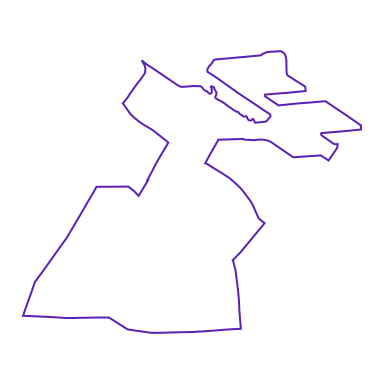 the district of Comuna 2, Ciudad de Buenos Aires, Argentina
{"feature_id": "61730980B26508052382857", "entity_name": "Comuna 2", "entity_type": "district", "adm_level": 2, "iso_a3": "ARG", "parent_name": "Argentina", "parent_adm1": "Ciudad de Buenos Aires", "projection": "robinson", "projection_center": [-58.391, -34.584], "detail": "fine", "context": "isolated", "style": "outline", "palette": "violet", "viewbox_px": 384, "rotation_deg": 0, "n_neighbors": 0, "source": "geoboundaries", "source_scale": "gbopen_adm2", "svg_char_len": 5191}
<svg xmlns="http://www.w3.org/2000/svg" viewBox="0 0 384 384"><path d="M337.7,144.1L336.4,144.1L334.2,144.1L323.0,136.4L321.3,135.0L321.0,133.5L321.4,133.1L346.4,131.0L348.4,130.8L361.0,129.5L360.9,125.4L348.3,116.6L325.4,101.2L309.2,102.6L297.3,103.5L294.3,103.8L279.4,105.3L278.5,105.4L265.1,96.4L265.1,94.6L275.8,93.7L289.5,92.6L305.7,91.0L305.5,89.6L305.4,88.8L305.2,86.6L301.2,84.1L298.2,82.2L295.3,80.4L291.3,77.7L287.9,75.7L287.0,74.5L286.7,73.1L286.6,71.7L286.5,70.5L286.5,69.4L286.5,68.3L286.5,67.8L286.4,64.9L286.4,63.2L286.4,61.8L286.4,60.7L286.2,59.5L286.2,58.7L285.8,57.6L285.6,56.3L285.2,55.0L284.8,54.1L284.4,53.6L284.1,53.1L283.6,52.8L283.4,52.6L282.0,52.0L281.3,51.2L280.1,51.1L278.5,51.3L274.7,51.6L272.0,51.7L269.8,51.8L267.0,52.1L264.6,53.1L262.8,53.9L262.0,54.5L261.5,54.8L260.6,55.4L218.9,59.2L218.1,59.2L216.7,59.4L215.2,59.6L214.5,59.8L213.8,60.1L213.3,60.8L212.2,62.7L212.0,63.1L211.3,64.0L211.2,64.1L210.6,64.7L209.2,66.2L208.3,67.6L207.4,69.4L207.3,70.8L207.7,72.0L209.4,73.0L211.1,74.1L217.2,78.1L220.5,80.5L237.8,92.8L253.0,102.9L261.3,108.5L262.3,109.2L269.0,113.6L270.1,114.4L270.5,115.6L270.5,116.4L266.4,121.4L262.5,122.0L259.8,122.3L255.3,122.7L254.7,122.2L254.3,121.0L254.0,120.3L253.4,119.5L253.0,119.0L252.9,118.9L252.4,119.0L252.1,119.5L251.6,120.2L250.6,120.6L249.2,120.3L248.4,119.9L247.7,118.9L247.3,118.0L247.2,117.7L246.9,116.8L246.2,116.1L245.5,116.4L243.9,116.6L242.8,115.9L241.7,115.2L241.1,114.8L239.5,113.8L239.2,113.4L238.8,112.9L238.4,112.2L237.3,111.8L237.0,111.7L236.1,111.6L235.0,110.8L233.5,109.9L232.2,109.0L231.1,108.1L229.5,107.2L226.7,105.2L225.4,104.0L224.1,103.2L223.3,102.6L221.8,101.7L220.9,101.1L219.8,100.5L218.5,100.1L216.9,99.0L216.0,98.5L215.5,97.8L215.2,96.8L215.7,96.1L215.8,95.8L216.2,95.0L216.3,93.9L216.4,93.5L216.4,92.8L216.2,91.7L216.0,91.4L215.5,91.0L215.1,90.4L214.5,89.0L214.1,87.7L213.7,87.1L213.0,86.8L212.4,86.7L211.7,86.2L211.1,86.4L210.9,87.2L211.3,88.1L211.8,89.1L211.7,90.2L211.7,91.2L211.7,92.4L211.4,93.0L211.2,93.3L210.5,93.7L209.6,93.6L208.6,93.0L207.7,92.2L206.8,91.2L205.5,90.8L204.6,90.2L203.4,89.3L202.9,88.5L202.3,87.7L201.7,87.0L201.1,86.6L200.2,86.2L196.4,86.2L193.4,86.0L192.6,86.1L185.1,86.7L181.3,86.9L178.5,85.8L154.8,69.7L152.3,68.0L151.6,67.5L150.1,66.6L148.1,65.4L147.5,65.0L141.7,60.4L141.8,60.6L144.1,64.4L144.9,66.4L145.2,68.0L145.4,69.8L145.3,71.2L144.7,73.4L143.5,75.3L143.2,75.6L140.4,79.7L139.3,81.0L138.6,81.8L137.7,82.9L129.6,94.3L127.5,97.7L124.6,101.2L123.9,102.1L122.8,103.3L124.6,105.7L126.7,108.7L130.3,113.9L133.4,116.9L134.1,117.6L137.7,120.5L138.8,121.4L143.1,124.4L143.6,124.7L149.8,128.3L153.0,130.4L153.2,130.5L158.4,134.6L158.9,135.0L166.5,141.0L167.7,142.0L168.3,142.5L166.9,145.0L165.6,147.2L157.9,160.3L156.8,162.1L147.4,180.2L148.0,180.3L143.1,188.5L138.6,195.9L134.2,191.2L133.5,190.6L132.5,189.8L128.1,186.5L127.4,186.6L112.5,186.7L102.6,186.8L96.5,186.8L94.8,190.0L89.6,198.8L85.6,205.7L82.5,211.0L81.8,212.2L80.5,214.5L75.1,223.6L73.9,225.7L72.1,228.8L71.6,229.6L69.0,234.0L67.3,237.0L59.0,248.6L50.5,260.5L50.0,261.2L49.5,261.9L46.4,266.3L41.6,273.0L35.0,281.8L33.3,286.7L30.2,295.6L26.6,305.6L23.0,315.9L25.4,315.9L25.6,315.9L33.3,316.2L43.6,316.7L45.6,316.8L52.3,317.1L52.6,317.1L53.0,317.2L53.5,317.2L65.7,318.0L72.2,318.0L77.4,317.9L78.5,317.8L81.7,317.8L82.4,317.8L93.1,317.6L98.7,317.5L100.9,317.5L106.2,317.5L107.3,317.5L108.9,317.5L114.8,321.2L115.5,321.7L116.9,322.6L119.6,324.3L123.7,326.9L124.1,327.2L127.6,329.4L131.7,330.0L133.6,330.3L134.6,330.5L139.1,331.1L143.2,331.7L151.8,332.9L152.2,332.9L152.7,332.9L163.7,332.7L167.7,332.6L173.9,332.4L182.2,332.2L182.4,332.2L184.5,332.2L194.4,331.9L195.5,331.8L205.8,331.2L206.3,331.1L207.1,331.1L216.3,330.4L219.9,330.1L220.3,330.0L221.3,330.0L221.9,329.9L231.2,329.3L231.5,329.3L232.6,329.2L240.8,328.8L240.2,320.7L240.1,319.7L240.0,318.8L239.3,309.7L239.3,308.7L239.3,307.6L238.8,298.6L238.6,296.8L238.5,295.2L237.8,288.0L237.6,287.1L237.5,286.2L235.6,270.8L233.0,260.5L232.7,260.2L233.2,259.7L240.4,252.4L247.8,243.5L255.1,234.6L263.4,224.7L264.6,223.1L263.9,222.6L261.5,220.7L258.5,218.2L256.3,213.1L255.6,211.5L254.8,209.7L254.3,208.5L252.3,204.1L250.3,200.8L248.4,198.3L247.5,197.0L246.0,195.1L244.1,192.6L242.5,190.4L240.1,187.7L236.7,184.4L233.5,181.5L231.6,180.0L229.8,178.4L229.4,178.1L229.0,177.8L227.6,176.9L226.4,176.1L225.4,175.5L224.4,174.8L223.6,174.3L222.2,173.4L221.1,172.7L220.3,172.2L219.1,171.4L217.9,170.7L217.2,170.3L216.0,169.5L214.2,168.4L213.3,167.8L212.8,167.6L212.4,167.3L212.0,167.0L211.4,166.7L210.5,166.1L209.9,165.7L209.6,165.5L209.2,165.2L208.7,164.9L207.7,164.3L207.4,164.1L207.0,163.9L206.5,163.7L205.9,163.5L205.2,163.3L208.3,157.6L208.4,157.3L214.5,146.6L218.2,140.1L218.4,139.7L219.9,139.7L221.2,139.6L229.4,139.4L230.5,139.3L235.5,139.2L240.6,139.0L242.9,138.9L243.2,139.0L243.4,139.1L244.2,139.4L245.1,139.6L246.4,139.8L247.7,139.9L249.3,139.8L250.1,139.9L250.9,140.0L252.6,140.1L254.3,140.1L257.5,139.8L258.8,139.7L260.2,139.6L261.5,139.6L262.8,139.6L264.1,139.8L265.4,140.0L266.7,140.3L268.0,140.7L269.2,141.2L270.8,141.9L293.3,157.3L315.0,155.8L320.8,155.4L328.6,160.5L337.2,147.8L337.6,144.9L337.7,144.1Z" fill="none" stroke="#5b21b6" stroke-width="2"/></svg>